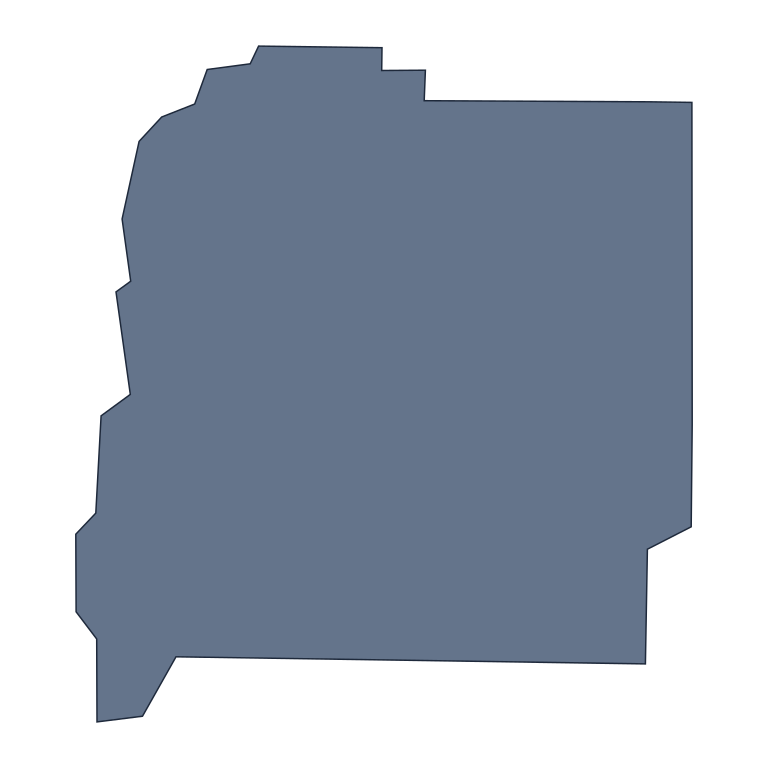 Pike, Georgia, United States of America (Equal Earth projection)
{"feature_id": "52423323B93853380479562", "entity_name": "Pike", "entity_type": "district", "adm_level": 2, "iso_a3": "USA", "parent_name": "United States of America", "parent_adm1": "Georgia", "projection": "equal_earth", "projection_center": [-84.437, 33.09], "detail": "fine", "context": "isolated", "style": "filled", "palette": "slate", "viewbox_px": 768, "rotation_deg": 0, "n_neighbors": 0, "source": "geoboundaries", "source_scale": "gbopen_adm2", "svg_char_len": 469}
<svg xmlns="http://www.w3.org/2000/svg" viewBox="0 0 768 768"><path d="M161.7,117.0L139.1,141.4L122.1,219.0L130.7,281.2L116.0,291.9L130.3,394.4L101.1,415.8L95.8,513.1L75.8,534.2L76.1,611.8L96.7,639.0L97.0,721.9L142.5,716.2L176.0,656.8L645.4,663.9L647.4,549.2L691.2,526.8L692.2,424.2L691.9,102.4L648.9,101.8L424.2,100.7L425.4,70.2L381.7,70.5L382.0,47.7L258.6,46.1L250.2,63.8L207.2,69.5L194.7,104.0L161.7,117.0Z" fill="#64748b" stroke="#1e293b" stroke-width="1.5"/></svg>